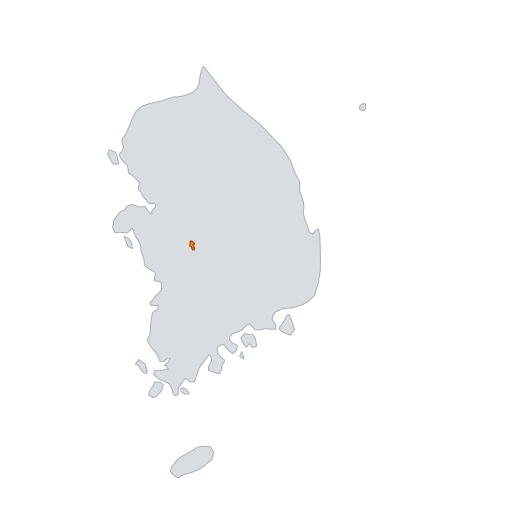 Jung-gu, Daejeon, South Korea shown in context, rotated 346°
{"feature_id": "91817680B30301323398004", "entity_name": "Jung-gu", "entity_type": "district", "adm_level": 2, "iso_a3": "KOR", "parent_name": "South Korea", "parent_adm1": "Daejeon", "projection": "albers", "projection_center": [127.417, 36.272], "detail": "fine", "context": "in_parent", "style": "filled", "palette": "amber", "viewbox_px": 512, "rotation_deg": 346, "n_neighbors": 0, "source": "geoboundaries", "source_scale": "gbopen_adm2", "svg_char_len": 3680}
<svg xmlns="http://www.w3.org/2000/svg" viewBox="0 0 512 512"><g transform="rotate(346 256 256)"><path d="M151.9,120.6L153.6,119.2L153.8,117.3L153.8,110.8L158.9,106.4L166.1,97.2L169.6,92.2L173.6,87.5L178.2,84.4L182.7,82.9L189.8,82.3L203.4,82.9L206.0,82.3L215.5,81.8L217.7,82.6L224.6,83.1L232.2,82.5L236.0,81.1L239.6,78.8L242.6,74.5L245.8,66.8L249.1,60.7L251.1,59.5L265.4,91.8L279.0,112.5L290.6,127.5L307.5,156.5L312.6,172.0L313.3,181.7L316.3,194.9L314.1,202.6L315.1,214.6L314.2,220.8L312.2,225.4L312.3,234.2L313.1,238.8L313.3,245.0L314.6,247.4L316.6,248.3L319.5,246.0L323.2,244.9L322.7,252.4L318.6,271.4L315.0,285.2L309.9,297.3L303.3,308.4L295.3,312.8L289.6,314.4L278.6,315.1L269.5,313.4L261.7,314.9L258.6,317.2L256.3,321.1L258.1,327.1L257.9,331.6L254.6,331.3L247.9,328.8L240.5,328.5L237.1,327.2L233.6,320.8L230.0,321.1L223.9,324.9L214.5,325.8L211.2,327.9L210.0,330.5L211.4,333.9L216.2,338.3L214.6,342.7L209.6,345.0L205.6,339.5L203.1,334.1L200.4,333.8L196.0,335.4L195.2,341.2L197.2,345.1L200.5,349.7L195.8,355.0L194.6,358.8L191.3,361.5L182.2,355.4L183.5,351.2L187.5,347.1L187.9,342.8L186.7,340.3L173.7,351.0L165.7,363.1L161.4,362.2L159.7,359.1L157.2,357.8L148.5,365.6L146.9,371.8L143.7,372.0L142.3,369.4L142.3,363.7L140.9,359.0L132.0,351.9L128.0,345.8L130.2,342.5L137.6,344.4L143.5,344.2L142.4,341.3L140.5,339.9L144.4,338.4L147.7,335.1L145.0,334.1L140.9,336.0L137.4,335.0L136.2,327.1L132.1,318.9L130.0,311.0L134.2,306.5L136.3,299.4L140.3,289.2L142.2,285.9L147.5,283.6L149.4,280.9L146.5,279.6L141.9,278.3L142.1,275.4L145.2,273.8L148.8,270.5L155.6,266.6L157.8,259.2L155.8,257.3L151.6,255.5L152.6,251.7L154.3,248.8L153.7,247.1L148.7,242.2L145.5,237.7L146.5,232.7L145.8,225.0L146.3,218.6L146.1,215.1L143.8,207.3L142.7,199.4L139.5,200.5L137.0,202.5L127.8,199.6L124.9,199.4L123.8,193.6L127.2,186.4L135.0,180.2L139.5,179.4L142.9,176.7L148.2,175.9L154.5,180.2L160.1,181.1L163.2,188.5L165.1,190.1L165.6,187.4L170.2,184.2L171.3,181.8L170.3,180.5L165.0,179.2L160.4,169.9L159.7,165.9L158.0,163.3L160.6,156.0L155.3,147.5L152.6,144.9L153.1,137.3L150.3,132.5L148.7,129.9L147.8,125.3L148.6,123.3L151.1,122.5L151.9,120.6ZM130.6,450.9L127.8,452.5L125.3,451.5L124.6,450.7L121.6,446.5L120.8,444.4L122.9,440.4L131.4,433.8L153.1,427.5L157.0,427.3L165.6,430.1L167.4,435.3L165.8,439.7L163.8,442.7L153.8,447.7L146.0,450.0L130.6,450.9ZM275.7,336.6L270.1,341.2L262.5,335.3L260.6,332.0L266.3,327.0L271.1,321.4L274.3,321.0L275.7,336.6ZM235.4,336.5L234.8,343.6L230.6,344.0L228.1,339.4L225.4,341.7L224.0,341.7L221.9,336.0L221.5,331.6L226.4,328.2L229.4,330.2L233.8,331.2L235.4,336.5ZM125.9,367.8L122.1,368.8L119.9,366.3L118.4,365.6L119.3,362.3L125.7,356.0L126.9,353.8L132.6,355.2L134.8,358.6L132.0,363.8L125.9,367.8ZM145.4,123.8L145.0,133.4L141.8,132.9L139.7,132.0L138.8,130.1L136.7,121.2L139.2,117.5L143.8,120.5L145.4,123.8ZM122.5,341.6L121.7,343.3L119.1,342.7L116.6,337.7L115.5,333.7L112.9,331.5L117.2,328.2L122.4,334.4L122.5,341.6ZM138.5,214.0L137.7,218.7L133.8,215.5L132.8,205.2L136.8,208.3L138.5,214.0ZM398.2,139.1L395.7,141.4L392.5,139.3L392.0,137.1L393.6,135.0L397.3,133.7L399.1,135.4L398.2,139.1ZM157.0,370.0L158.0,373.4L153.1,372.7L150.6,369.4L151.0,366.6L153.9,366.2L157.0,370.0ZM219.6,350.4L218.9,352.7L215.9,349.3L218.9,345.5L219.6,350.4Z" fill="#d9dde1" stroke="#a8b0b8" stroke-width="1"/><path d="M197.3,225.5L196.1,226.0L195.7,226.3L195.3,227.0L195.2,227.5L195.1,228.4L195.0,229.0L194.3,229.7L194.6,230.8L195.5,231.1L195.7,231.5L195.7,232.4L196.0,234.4L197.3,235.1L197.5,234.2L198.1,233.9L198.1,232.9L197.6,232.3L198.0,231.9L197.9,230.8L197.7,229.7L198.7,229.7L199.3,229.0L198.8,228.3L197.9,227.2L197.3,226.3L197.1,225.7L197.3,225.5Z" fill="#f59e0b" stroke="#b45309" stroke-width="1.5"/></g></svg>